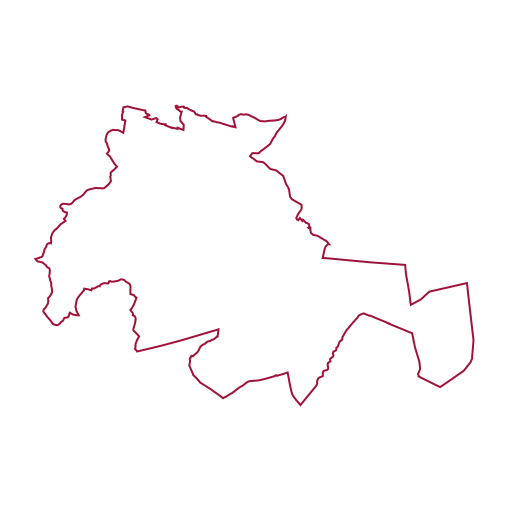 Esperanza, Puebla, Mexico, rotated 182°
{"feature_id": "50627088B28279435846357", "entity_name": "Esperanza", "entity_type": "district", "adm_level": 2, "iso_a3": "MEX", "parent_name": "Mexico", "parent_adm1": "Puebla", "projection": "albers", "projection_center": [-97.349, 18.857], "detail": "fine", "context": "isolated", "style": "outline", "palette": "rose", "viewbox_px": 512, "rotation_deg": 182, "n_neighbors": 0, "source": "geoboundaries", "source_scale": "gbopen_adm2", "svg_char_len": 6118}
<svg xmlns="http://www.w3.org/2000/svg" viewBox="0 0 512 512"><g transform="rotate(182 256 256)"><path d="M296.5,121.2L286.2,114.4L283.9,112.7L282.1,114.0L281.0,114.3L278.2,116.4L275.0,118.3L268.8,123.4L266.6,125.0L265.4,125.5L261.0,129.2L259.2,130.3L258.0,130.7L249.4,131.7L245.2,132.8L242.2,133.6L234.4,136.2L233.2,136.5L232.0,137.6L231.0,137.0L223.9,139.3L221.2,140.4L220.3,140.7L218.0,130.2L216.0,122.2L214.8,118.8L212.9,116.0L210.5,113.1L206.4,108.6L191.6,128.0L190.4,130.3L190.6,132.9L189.7,135.6L188.4,136.8L185.1,138.2L185.1,142.2L184.4,143.5L183.2,144.0L181.3,144.4L180.0,145.6L180.0,147.4L180.7,149.8L180.2,151.8L177.9,153.3L178.4,155.5L177.8,156.4L175.6,157.9L175.1,159.4L175.8,161.2L175.2,163.3L173.8,163.8L172.5,164.9L172.5,167.1L171.2,168.1L169.6,172.9L168.3,174.5L167.5,174.6L166.9,175.8L166.9,177.6L163.0,185.0L161.3,187.0L156.6,193.1L152.4,198.0L151.3,199.9L149.5,201.2L146.4,202.4L139.7,199.9L140.4,200.7L135.2,198.6L120.9,193.3L121.2,193.1L97.3,184.3L93.9,170.2L89.1,156.2L88.0,149.3L88.4,147.6L90.0,143.6L89.3,142.4L89.4,141.5L87.2,140.3L67.4,131.4L52.1,142.7L49.7,144.6L44.9,148.1L44.1,148.9L38.0,157.2L36.4,161.1L36.5,162.4L35.8,176.5L35.7,179.5L41.7,218.9L44.2,236.3L81.6,226.4L89.7,218.4L99.6,212.6L101.8,226.2L105.1,241.3L106.0,246.9L106.6,252.3L142.1,253.7L186.1,256.3L189.3,256.3L187.9,264.1L187.4,266.2L186.9,267.6L186.3,268.4L184.1,270.5L183.5,270.4L185.9,273.2L195.6,278.5L199.5,279.0L201.9,281.0L202.3,282.4L202.7,286.1L203.7,285.5L204.7,286.1L203.7,286.8L204.2,289.6L205.9,290.7L207.1,290.8L210.3,293.9L211.0,292.7L213.5,295.5L214.9,293.3L215.6,293.9L216.2,293.8L217.1,295.4L215.2,299.7L212.3,304.1L212.1,305.2L212.0,306.3L212.3,308.7L214.7,310.1L222.2,314.0L224.0,316.3L225.3,323.6L226.6,326.2L228.4,328.8L231.6,337.0L239.0,342.3L244.8,343.5L250.3,348.7L252.1,350.0L258.6,350.6L262.1,353.3L264.0,354.3L265.5,355.5L263.2,358.7L257.0,358.7L254.6,361.2L252.4,362.8L245.8,368.4L242.9,374.3L241.3,376.3L239.8,379.8L233.8,387.8L231.8,392.0L231.3,394.3L231.2,396.0L231.4,395.7L232.7,395.9L234.7,394.8L235.7,393.9L238.6,392.7L239.9,392.4L249.1,391.4L250.4,391.0L251.8,390.9L254.9,390.9L256.4,391.1L259.0,392.2L261.6,393.8L263.6,394.6L264.2,395.0L264.9,395.1L268.1,396.7L270.6,397.3L273.3,396.8L276.0,397.2L278.1,396.5L278.7,395.7L279.6,395.1L281.4,394.2L283.3,393.5L283.7,393.2L281.0,384.0L283.8,384.8L283.8,384.4L285.4,384.7L298.0,388.2L298.8,388.1L300.9,388.6L303.8,389.3L303.9,389.0L304.3,389.1L306.0,390.4L310.9,393.5L310.8,394.3L313.2,394.4L316.2,394.2L317.7,394.7L318.3,394.6L319.0,394.9L319.6,395.5L320.7,395.3L321.2,395.7L322.8,398.2L325.9,399.2L328.2,400.3L329.5,401.2L330.9,401.6L332.2,401.5L333.2,401.8L333.4,402.8L333.7,402.9L335.2,402.5L336.2,402.5L338.4,401.7L339.2,402.2L339.5,402.8L340.0,403.2L340.9,403.4L341.5,403.0L341.3,401.8L340.4,400.4L338.3,399.1L337.5,398.8L337.2,398.0L336.5,397.7L335.3,397.7L336.7,391.7L336.2,388.2L335.6,387.8L333.4,385.1L332.8,384.6L332.9,379.4L338.9,381.5L339.0,380.3L345.0,381.5L345.0,381.2L351.3,383.5L351.0,384.5L354.7,384.6L357.5,385.3L360.1,386.3L359.0,389.1L360.7,390.4L365.1,388.7L371.8,390.9L367.4,392.9L367.4,393.2L371.1,394.8L371.7,397.6L373.3,397.7L383.7,399.6L389.7,401.0L392.6,400.2L393.7,400.0L394.3,395.7L393.8,395.5L394.7,392.8L394.8,391.0L394.6,387.6L391.3,386.9L392.9,374.5L396.6,376.4L398.2,377.0L400.6,376.9L403.4,377.1L405.4,376.2L407.9,374.6L408.8,373.3L409.6,371.5L410.4,367.4L410.2,365.0L409.1,363.7L408.5,362.3L408.3,361.1L406.5,357.3L406.5,355.9L408.5,353.1L405.4,350.3L401.1,343.8L399.6,342.0L398.0,340.5L401.0,337.1L402.1,336.3L403.8,334.6L404.3,333.3L403.9,331.7L404.4,330.2L403.6,325.8L405.3,323.1L410.0,318.5L412.0,318.2L414.5,318.4L415.3,318.2L417.1,318.4L419.1,318.3L424.4,316.9L427.0,315.9L429.3,313.4L430.8,311.1L433.2,309.2L439.0,305.8L439.9,304.8L441.6,302.5L443.0,301.4L445.1,301.0L446.4,301.3L450.8,301.5L452.3,300.6L453.2,299.4L453.3,297.8L452.5,297.0L451.0,296.5L450.9,295.3L450.7,294.5L448.8,293.3L446.5,292.8L446.6,290.3L447.9,288.0L449.3,286.4L447.6,284.4L452.5,280.8L456.4,276.0L457.8,275.3L459.7,272.5L460.5,271.1L461.6,267.1L461.3,265.4L461.2,263.2L461.3,261.5L462.9,261.7L464.3,261.2L465.4,260.2L466.2,257.5L467.6,255.2L468.1,252.1L468.7,250.9L469.3,248.4L470.6,247.3L472.1,247.0L472.9,246.4L476.3,245.4L474.5,243.2L473.9,242.9L471.8,242.6L469.2,242.1L467.2,240.6L465.7,239.5L464.3,237.6L462.5,236.7L462.1,236.4L461.5,234.3L461.6,231.6L462.0,228.5L461.2,226.3L461.0,224.9L459.8,222.1L459.6,221.4L459.6,219.1L458.9,216.5L458.7,214.5L458.5,213.8L458.6,212.5L459.2,211.0L460.3,209.0L461.3,207.7L462.2,207.0L462.3,205.4L461.9,203.7L462.4,201.1L462.7,200.2L463.4,199.2L464.7,196.7L466.2,195.2L466.6,194.0L466.6,193.1L466.1,192.2L464.6,190.8L462.5,187.9L459.4,184.7L456.7,181.1L455.9,180.7L453.9,180.1L453.0,179.9L452.0,180.0L451.1,180.5L449.4,181.9L448.7,183.1L448.2,183.4L446.6,184.7L445.4,187.4L445.0,187.6L443.0,187.8L441.8,188.3L441.3,188.7L440.4,192.2L440.0,192.9L438.5,191.9L437.2,191.2L433.0,190.5L431.1,190.5L433.7,195.2L434.0,196.9L434.6,198.6L434.6,199.7L434.0,202.9L434.0,204.0L433.5,206.2L432.8,207.7L430.0,211.7L429.0,212.7L428.2,214.0L426.8,215.6L426.5,217.4L422.9,216.9L419.3,216.0L418.7,217.9L416.8,217.8L412.8,220.2L411.0,220.4L410.4,222.0L407.0,223.6L402.9,223.4L402.1,224.4L402.1,225.4L401.1,225.9L399.1,225.2L395.5,225.8L392.5,226.6L390.5,227.8L388.3,227.9L387.4,227.6L386.6,227.2L384.9,225.6L382.0,224.2L381.0,223.1L380.4,221.4L380.2,213.5L376.6,212.6L375.6,211.2L374.0,210.2L375.8,204.7L376.7,202.5L378.3,199.4L379.7,197.8L377.2,194.6L376.8,193.1L377.0,192.4L375.3,191.8L374.3,190.2L374.1,189.5L374.1,188.3L374.5,184.9L375.7,180.0L376.0,179.1L376.0,177.7L375.5,176.8L374.5,176.1L370.0,171.6L371.8,168.2L373.3,163.9L373.3,159.9L373.8,159.0L372.8,157.9L372.1,157.3L371.5,156.4L348.3,162.8L328.3,168.9L290.9,181.4L291.6,174.1L292.2,174.2L294.0,172.3L295.0,171.5L297.6,170.4L298.4,169.6L301.4,168.8L304.1,166.5L307.0,164.8L308.3,163.6L309.4,161.1L310.9,158.1L315.6,153.6L316.6,154.1L317.4,153.5L317.8,151.9L318.1,151.6L318.4,151.6L318.6,150.3L318.2,148.8L318.8,144.1L314.8,135.7L314.7,135.0L310.9,131.6L307.4,127.6L296.5,121.2Z" fill="none" stroke="#9f1239" stroke-width="2"/></g></svg>